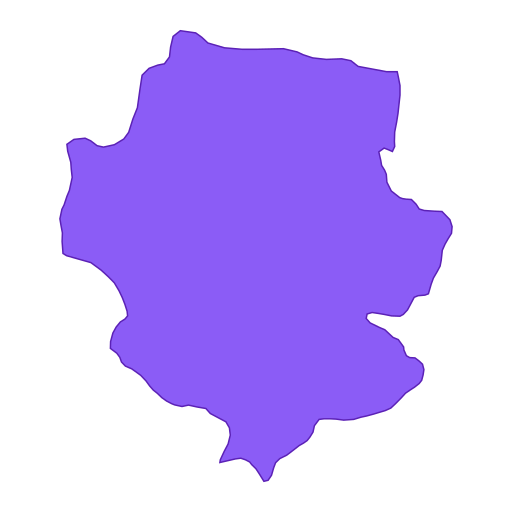 outline of Kanowit, Sarawak, Malaysia
{"feature_id": "92858781B72543714708514", "entity_name": "Kanowit", "entity_type": "district", "adm_level": 2, "iso_a3": "MYS", "parent_name": "Malaysia", "parent_adm1": "Sarawak", "projection": "robinson", "projection_center": [112.256, 1.947], "detail": "fine", "context": "isolated", "style": "filled", "palette": "violet", "viewbox_px": 512, "rotation_deg": 0, "n_neighbors": 0, "source": "geoboundaries", "source_scale": "gbopen_adm2", "svg_char_len": 2518}
<svg xmlns="http://www.w3.org/2000/svg" viewBox="0 0 512 512"><path d="M219.9,462.5L235.5,458.9L240.8,458.2L245.5,459.8L249.7,462.0L251.7,464.6L255.9,468.7L259.2,473.7L263.9,481.3L268.1,480.3L271.5,475.3L273.7,467.7L275.6,462.7L279.8,458.6L286.8,455.1L293.5,450.0L299.1,445.6L303.5,443.1L307.1,440.6L309.9,437.1L313.0,432.1L314.4,425.7L319.1,419.4L323.9,418.8L330.3,418.8L336.1,419.1L343.7,420.1L353.7,419.4L360.9,417.2L366.5,416.0L373.5,414.1L378.8,412.5L385.2,410.6L390.8,408.1L395.5,403.7L401.4,397.7L405.5,393.2L410.0,390.1L412.0,388.8L414.5,387.2L419.2,383.5L421.7,380.3L423.1,374.9L423.9,369.6L422.5,364.2L419.2,361.1L415.0,357.9L409.7,357.6L406.4,355.7L403.9,350.0L403.6,346.9L398.3,339.6L393.0,337.4L384.9,329.8L379.1,327.3L370.1,322.9L366.2,318.5L367.1,314.0L372.1,312.5L378.2,313.4L384.1,314.4L391.6,315.9L400.0,316.2L403.3,314.4L407.5,309.9L409.7,305.8L414.2,297.3L418.1,295.7L425.0,295.1L428.4,293.8L431.2,284.1L433.4,278.1L437.3,271.4L440.1,266.1L441.2,260.4L442.3,250.3L445.1,244.0L448.2,238.6L451.5,233.3L452.1,226.6L449.9,219.7L442.0,211.5L434.5,211.2L424.2,210.5L419.2,209.0L416.1,204.2L411.4,199.5L406.9,199.2L406.4,199.2L402.5,198.6L399.7,197.6L396.9,195.4L391.3,191.0L386.9,182.2L386.3,174.3L384.6,170.2L381.6,165.4L380.7,160.1L378.8,151.9L384.1,148.1L388.3,149.7L392.4,151.5L394.7,146.5L394.4,141.5L394.7,132.0L396.6,122.2L398.0,113.4L400.0,95.1L400.0,85.6L398.3,76.8L397.2,71.7L386.6,71.7L358.1,66.4L350.9,60.7L341.7,58.8L326.4,59.4L312.7,57.9L303.0,54.7L297.1,51.9L283.5,48.7L256.4,49.3L242.2,49.3L224.4,47.8L207.9,43.0L201.8,37.3L195.7,32.9L180.3,30.7L179.2,31.6L173.1,36.4L170.6,47.1L169.5,56.9L164.4,63.8L157.8,65.1L149.1,68.3L142.1,75.2L139.9,89.7L137.4,107.7L132.9,119.0L128.7,132.3L123.8,139.0L114.4,144.7L103.5,147.1L97.1,145.7L90.7,140.8L85.1,138.2L73.9,139.4L66.9,144.3L67.7,151.2L70.8,162.3L71.3,169.5L72.2,177.4L69.4,190.4L66.9,196.4L64.1,204.9L61.9,209.3L59.9,218.8L61.0,225.4L62.4,232.9L62.1,241.5L63.0,253.5L66.6,255.7L77.5,258.8L90.9,262.6L101.2,270.2L108.4,276.8L114.3,282.8L119.0,290.7L122.3,297.6L124.9,304.3L127.1,311.2L127.6,315.9L124.9,319.1L120.4,321.9L116.2,327.0L112.9,333.0L110.6,341.5L110.4,348.4L116.8,353.2L119.8,357.3L121.5,362.0L125.4,366.1L131.8,368.9L140.7,375.3L146.0,380.9L149.7,386.0L153.3,390.1L157.2,393.2L161.9,397.7L166.7,401.1L171.7,403.7L174.7,404.9L182.0,406.5L188.5,405.1L197.2,407.0L205.9,408.5L210.3,413.5L225.9,421.8L229.4,427.8L230.3,435.1L228.1,444.0L224.2,451.4L220.3,459.8L219.9,462.5Z" fill="#8b5cf6" stroke="#5b21b6" stroke-width="1.5"/></svg>